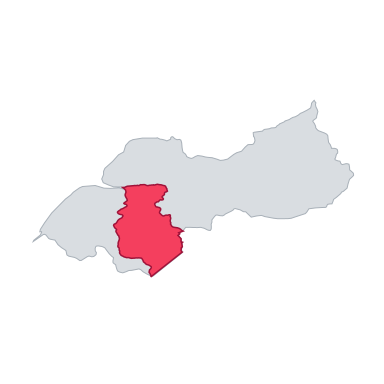 VII-2 Mazaruni/L.B.E.Rive, Cuyuni-Mazaruni, Guyana (highlighted), rotated 265°
{"feature_id": "73187651B61605631045653", "entity_name": "VII-2 Mazaruni/L.B.E.Rive", "entity_type": "district", "adm_level": 2, "iso_a3": "GUY", "parent_name": "Guyana", "parent_adm1": "Cuyuni-Mazaruni", "projection": "equal_earth", "projection_center": [-59.626, 5.924], "detail": "fine", "context": "in_parent", "style": "filled", "palette": "rose", "viewbox_px": 384, "rotation_deg": 265, "n_neighbors": 0, "source": "geoboundaries", "source_scale": "gbopen_adm2", "svg_char_len": 9598}
<svg xmlns="http://www.w3.org/2000/svg" viewBox="0 0 384 384"><g transform="rotate(265 192 192)"><path d="M132.6,177.3L125.7,166.9L118.7,156.4L111.8,146.1L111.4,144.7L114.3,139.8L116.8,136.3L119.0,134.3L120.0,132.5L119.2,125.0L119.3,122.3L118.3,119.3L117.5,116.0L118.4,113.2L119.5,111.3L120.8,110.6L124.0,109.9L126.3,109.6L127.1,108.5L128.4,107.2L130.1,107.2L133.5,108.1L135.0,106.4L137.8,104.1L144.1,100.2L145.5,97.7L146.5,93.8L146.4,91.9L145.7,91.2L144.2,90.6L141.8,90.5L139.9,91.5L137.9,90.9L136.3,88.5L136.2,86.5L137.2,83.7L136.6,81.8L133.5,75.8L133.5,74.2L135.8,71.5L137.1,69.2L138.8,63.7L140.2,61.9L144.6,61.3L145.7,60.1L147.9,57.2L151.2,53.9L156.0,51.3L157.4,46.5L158.2,45.2L162.0,42.7L162.7,41.4L162.6,40.2L156.5,29.5L157.7,30.2L162.4,37.2L165.0,38.7L165.6,38.7L165.6,36.9L168.0,37.7L174.2,42.5L183.3,50.4L196.0,65.3L199.6,71.0L202.1,73.7L205.9,80.2L207.0,83.4L206.9,96.1L203.5,104.7L202.7,111.2L202.5,119.8L200.6,124.7L203.2,122.1L204.0,114.3L206.2,109.6L209.0,104.4L212.8,103.2L217.0,105.4L220.3,105.7L223.2,107.3L229.4,115.6L235.5,122.1L237.8,127.4L244.2,130.0L248.0,134.1L249.3,137.7L250.0,147.1L248.8,161.3L249.1,162.0L247.4,164.8L247.1,166.6L246.0,169.7L245.1,171.4L246.4,175.3L247.8,175.5L248.4,176.0L248.8,176.8L248.7,177.6L248.1,178.3L246.7,179.3L245.4,181.6L245.5,184.1L244.7,185.4L242.0,186.0L236.8,186.0L234.3,186.2L232.2,186.6L230.9,188.3L229.2,189.4L227.8,189.7L226.6,191.5L225.5,194.2L225.9,196.0L227.1,198.4L227.8,200.9L226.9,205.0L225.8,208.1L225.2,210.5L224.4,215.0L222.4,220.0L221.0,222.9L221.0,226.0L221.7,230.4L225.8,236.9L227.2,239.9L228.3,244.9L232.0,248.8L234.3,251.9L234.1,256.0L234.4,257.3L235.8,258.4L237.6,259.2L239.5,259.1L241.3,258.8L241.7,258.2L245.7,258.1L246.1,259.1L246.4,265.1L246.5,267.5L247.5,268.5L248.1,270.0L248.1,271.3L248.3,274.7L248.9,276.4L248.8,280.0L249.2,281.3L250.3,282.2L251.7,284.8L252.2,285.1L252.5,286.0L253.7,289.6L254.3,290.7L254.7,290.9L254.9,292.1L255.8,295.5L256.4,296.4L257.5,298.9L258.0,301.6L259.4,304.7L260.9,306.8L261.6,309.1L263.6,314.0L265.4,317.5L268.0,318.4L270.1,318.9L271.4,320.2L272.7,321.7L271.3,322.4L270.1,323.2L268.3,322.6L265.9,322.9L263.4,323.9L261.1,324.4L256.7,322.8L255.4,322.6L254.5,321.9L252.7,318.9L251.8,318.5L249.5,319.9L246.6,320.9L245.3,320.8L243.6,321.8L242.1,323.2L239.2,329.2L237.8,331.3L236.2,332.2L233.0,332.2L229.5,332.4L227.0,333.9L224.6,334.6L223.4,334.7L223.0,338.0L222.4,339.5L221.7,340.4L219.8,340.7L218.1,340.5L217.1,339.2L215.2,338.5L213.6,338.0L212.5,337.2L211.6,337.4L210.9,338.8L210.3,340.0L209.8,342.1L207.3,342.8L206.2,344.0L206.8,348.0L206.5,349.6L206.0,350.8L202.9,351.1L200.3,351.0L198.8,352.5L196.9,354.2L195.8,354.5L194.4,354.4L192.7,352.4L190.9,350.0L186.6,348.2L182.3,346.8L179.5,342.9L178.8,340.9L177.5,340.1L174.1,335.4L172.3,332.4L170.3,331.6L168.0,330.4L168.1,328.2L167.9,326.1L166.9,325.3L165.5,324.7L165.0,323.5L165.2,320.8L165.4,313.7L165.1,307.0L162.0,304.6L160.6,303.0L158.3,293.1L157.2,288.6L157.1,285.2L157.9,275.2L158.8,270.9L161.2,262.3L162.6,259.3L162.6,257.2L162.5,254.3L161.8,248.8L165.8,245.3L167.6,243.8L167.9,241.5L170.0,238.5L171.0,235.7L171.8,233.5L171.5,232.3L170.6,231.6L169.5,229.5L167.2,223.4L166.3,222.2L165.6,220.5L166.0,217.8L166.9,214.9L166.8,213.6L165.4,212.1L162.5,209.4L160.1,209.2L158.3,208.3L155.5,208.2L153.4,207.9L152.1,206.9L152.4,205.3L152.9,204.1L154.8,201.0L156.0,197.7L156.1,194.5L156.5,190.3L157.0,186.7L157.3,182.6L154.5,179.9L153.5,177.7L152.4,175.7L151.1,175.7L149.1,174.8L146.0,177.4L143.6,176.9L141.9,177.9L138.1,177.7L135.6,176.5L132.6,177.3Z" fill="#d9dde1" stroke="#a8b0b8" stroke-width="1"/><path d="M202.6,123.5L202.6,123.3L201.9,124.0L201.7,124.3L201.5,124.5L201.2,124.8L200.3,125.5L200.0,125.8L199.7,126.0L199.1,126.0L198.4,126.2L198.1,126.2L197.5,126.2L197.1,126.0L196.5,125.7L195.9,125.4L195.6,125.3L194.9,125.1L194.6,125.1L194.2,125.2L193.8,125.2L193.4,125.4L192.7,125.6L192.4,125.8L191.6,126.1L191.4,126.2L191.1,126.4L190.7,126.5L190.0,126.7L189.4,126.8L189.1,126.7L188.9,126.4L188.7,126.1L188.5,125.8L188.3,125.5L188.1,125.2L187.9,124.9L187.7,124.5L187.2,123.6L186.9,123.3L186.6,123.1L186.1,123.5L185.7,124.2L185.7,124.7L185.3,125.4L184.9,125.6L184.7,125.9L184.4,126.0L184.0,126.1L183.7,125.9L183.4,125.7L183.2,125.4L182.9,124.6L182.8,124.3L182.6,123.9L182.5,123.5L182.2,123.0L181.9,122.5L181.7,122.2L181.6,121.8L181.4,120.9L181.2,120.6L181.0,119.6L180.8,119.3L180.5,119.0L180.1,118.4L179.5,117.2L179.2,116.8L179.0,116.5L178.6,116.1L178.4,116.0L178.1,116.0L177.8,116.1L177.2,116.5L176.9,116.7L176.5,117.3L176.3,117.7L176.1,118.1L175.8,118.9L175.7,119.3L175.5,120.1L175.3,120.5L175.1,120.7L174.8,120.9L174.6,121.1L174.3,121.1L174.0,121.1L173.7,120.8L173.2,120.4L172.8,120.3L172.6,120.1L172.3,119.6L172.1,119.2L172.0,118.8L171.8,118.4L171.7,118.1L171.5,117.6L171.0,116.7L170.8,116.4L170.5,116.1L169.9,115.5L169.6,115.3L169.3,115.1L169.0,115.0L168.4,114.4L168.1,114.2L167.6,113.7L167.3,113.4L167.1,113.1L166.9,112.2L166.8,111.8L166.6,111.6L166.3,111.3L165.9,111.1L165.6,111.0L165.3,111.0L165.0,111.2L164.3,111.4L163.7,111.6L162.6,112.3L162.3,112.6L162.0,112.9L161.8,113.2L161.5,113.4L161.1,113.6L160.8,113.5L160.3,113.1L160.0,112.9L159.7,112.8L159.3,112.8L158.6,113.0L158.3,113.2L158.0,113.4L157.6,113.5L157.0,113.8L156.7,113.9L156.4,114.1L156.1,114.1L155.7,114.3L155.4,114.5L155.2,114.8L154.9,115.1L154.6,115.2L154.2,115.3L153.8,115.3L153.6,115.3L153.3,115.5L152.6,115.6L152.3,115.7L152.0,115.6L151.6,115.5L151.2,115.5L150.9,115.4L149.9,114.9L149.4,114.7L149.1,114.5L148.1,114.1L147.7,114.0L147.4,114.0L147.1,113.9L146.7,113.9L146.4,113.9L146.0,113.9L145.7,113.8L145.2,113.6L144.6,113.4L143.8,113.5L143.5,113.6L143.0,114.2L142.6,114.4L142.2,114.5L141.7,114.5L140.7,114.4L140.4,114.4L140.1,114.5L139.8,114.8L139.5,114.8L138.6,114.7L138.3,114.7L137.9,114.5L137.3,114.6L136.5,115.0L136.1,115.3L135.7,115.5L135.4,115.6L135.1,115.9L134.9,116.1L134.3,117.1L134.1,117.6L133.8,117.9L133.5,118.3L133.3,118.6L132.9,119.6L132.8,120.0L132.4,120.8L132.3,121.3L132.2,123.0L132.0,123.7L131.6,124.5L131.5,125.0L131.3,125.5L131.2,126.0L131.2,127.2L131.2,128.2L131.1,129.1L131.2,129.5L131.2,130.1L131.2,130.6L131.2,131.2L131.1,131.7L131.0,132.3L131.1,133.0L131.0,133.5L130.9,134.0L130.8,134.5L130.7,134.8L130.7,135.2L130.5,135.7L130.4,136.0L129.8,136.4L129.4,136.6L129.0,136.8L128.0,137.3L127.6,137.4L127.2,137.4L126.9,137.5L126.6,137.6L125.8,138.5L125.4,138.9L125.1,139.2L124.8,139.3L124.5,139.6L124.1,140.0L123.8,140.4L123.4,141.5L123.0,142.5L122.3,143.5L122.0,143.8L121.7,144.2L121.5,144.5L121.2,144.7L121.0,144.9L120.7,144.9L120.4,144.9L119.8,144.6L119.2,144.2L118.9,143.9L118.6,143.6L118.4,143.2L118.2,143.0L117.9,142.8L117.0,142.6L116.5,142.4L115.9,142.3L115.5,142.3L115.2,142.5L114.9,142.8L114.6,143.0L114.3,143.1L113.6,143.3L112.7,143.7L111.5,143.8L111.4,143.9L111.3,144.0L133.0,177.0L133.3,176.5L134.7,176.0L137.4,176.5L138.3,177.6L142.2,177.2L142.8,178.2L143.4,176.8L146.5,177.0L150.0,174.2L151.4,176.2L152.6,175.2L153.8,179.8L154.3,179.0L154.8,178.3L155.0,178.1L155.8,177.5L156.0,177.2L156.3,176.9L156.8,176.2L157.2,175.3L157.6,174.5L157.7,174.0L157.8,173.6L157.9,173.2L158.2,171.9L158.3,171.5L158.4,171.1L158.5,170.6L158.8,170.1L159.0,169.6L159.2,169.4L159.6,169.1L159.8,168.7L160.3,168.6L160.7,168.4L161.0,168.3L161.4,168.1L161.8,167.8L162.1,167.8L162.5,168.0L162.9,168.2L163.2,168.2L164.0,167.9L164.4,167.8L164.8,167.8L165.5,167.8L165.8,167.9L166.2,168.0L167.2,168.4L167.7,168.5L168.0,168.5L169.1,168.3L169.4,168.3L169.7,168.0L170.1,168.2L170.5,168.4L170.8,168.4L171.2,167.9L171.3,167.6L171.3,167.1L171.2,166.7L171.1,166.2L171.0,165.8L171.0,165.3L171.2,164.5L171.2,164.0L171.1,163.2L170.8,162.4L170.6,161.8L170.7,161.3L170.8,160.9L171.0,160.5L171.2,160.3L171.8,159.6L172.6,159.0L173.2,158.5L173.4,158.2L173.7,158.0L174.1,157.8L174.5,157.9L174.8,157.9L175.2,158.1L176.4,158.8L176.7,159.1L177.4,159.3L177.8,159.3L178.1,159.3L178.4,159.1L178.7,158.9L179.2,158.4L179.4,158.0L179.5,157.7L179.7,156.7L180.0,156.5L180.1,156.0L180.1,155.6L180.5,154.8L180.8,154.6L182.3,154.0L182.7,153.8L183.1,153.8L183.4,153.8L183.7,153.9L184.0,154.1L184.2,154.4L184.3,154.8L184.6,155.1L184.8,155.5L185.1,155.9L185.2,156.2L185.2,156.7L185.2,157.1L185.2,157.6L185.5,157.8L185.7,158.1L185.9,158.4L186.2,158.7L186.9,159.5L187.0,159.8L186.9,160.2L186.7,160.7L186.7,161.3L186.7,161.8L186.8,162.3L187.0,162.6L187.3,162.8L187.6,162.9L187.9,162.8L188.6,162.4L188.9,162.1L189.2,161.9L189.5,161.8L189.9,161.8L190.2,162.0L190.5,162.3L190.9,163.1L191.2,163.5L191.7,164.1L191.9,164.3L192.5,164.3L193.1,164.5L193.5,164.6L193.8,164.8L194.0,165.1L194.2,165.4L194.3,165.8L194.4,166.6L194.7,167.1L195.0,167.6L195.4,167.5L195.8,167.4L196.1,167.3L196.4,167.2L196.7,167.2L197.0,167.3L197.3,167.3L197.6,167.1L198.0,166.9L198.9,166.5L199.2,166.4L199.5,166.3L199.8,166.3L200.1,166.1L200.3,165.8L200.7,165.2L201.0,164.0L201.2,163.5L201.5,162.8L201.7,162.4L201.8,161.9L202.0,161.3L202.0,161.0L202.1,160.4L202.7,158.2L202.7,157.7L202.6,157.3L202.5,156.9L202.4,156.1L202.2,155.6L202.3,155.0L202.2,154.6L202.5,154.3L202.4,153.4L202.5,152.4L202.4,151.8L202.4,149.9L202.3,149.5L202.2,148.9L202.2,148.6L202.3,148.1L202.4,147.6L202.8,146.8L203.4,145.7L203.5,145.3L203.6,144.3L203.6,143.8L203.6,142.9L203.6,142.5L203.7,142.0L203.8,141.6L203.7,141.1L203.5,140.7L203.3,140.4L203.1,140.0L203.1,139.3L203.2,138.7L203.4,138.4L203.4,138.0L203.3,137.6L203.3,137.3L203.3,136.8L203.3,136.4L203.4,135.8L203.5,135.3L203.4,134.9L203.4,134.4L203.4,133.4L203.4,132.3L203.4,131.7L203.4,131.2L203.4,130.2L203.4,129.6L203.4,129.0L203.4,128.0L203.3,127.6L203.1,127.1L203.0,126.8L202.9,126.3L202.6,125.7L202.5,125.1L202.5,124.7L202.6,123.5Z" fill="#f43f5e" stroke="#9f1239" stroke-width="1.5"/></g></svg>